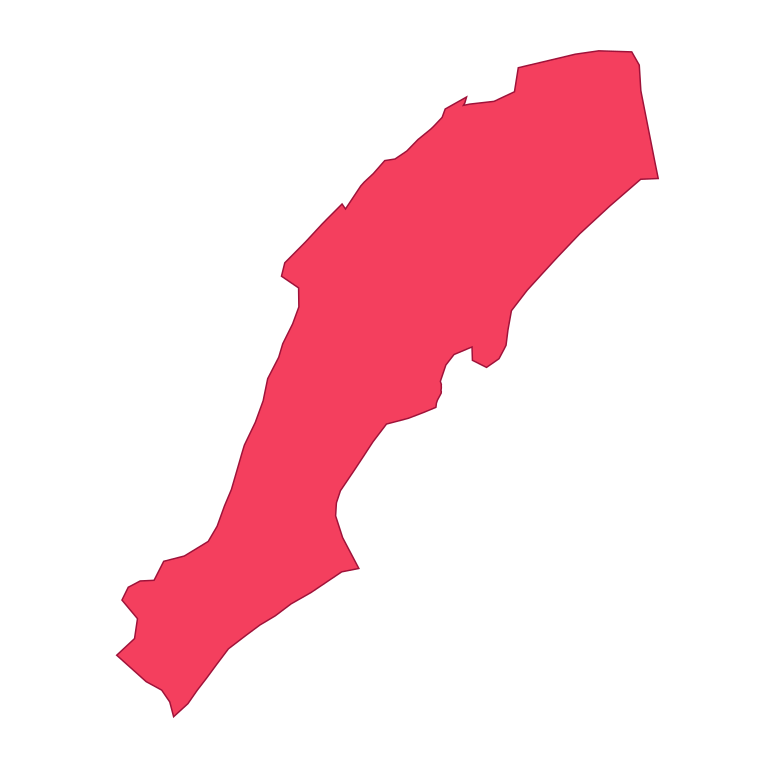 the district of Yenegoa, Bayelsa, Nigeria, rotated 174°
{"feature_id": "59680162B64829234996535", "entity_name": "Yenegoa", "entity_type": "district", "adm_level": 2, "iso_a3": "NGA", "parent_name": "Nigeria", "parent_adm1": "Bayelsa", "projection": "mercator", "projection_center": [6.364, 5.065], "detail": "fine", "context": "isolated", "style": "filled", "palette": "rose", "viewbox_px": 768, "rotation_deg": 174, "n_neighbors": 0, "source": "geoboundaries", "source_scale": "gbopen_adm2", "svg_char_len": 1662}
<svg xmlns="http://www.w3.org/2000/svg" viewBox="0 0 768 768"><g transform="rotate(174 384 384)"><path d="M217.4,684.5L223.7,661.0L245.0,653.6L269.4,653.4L275.9,652.8L274.2,655.1L271.9,660.8L294.4,651.1L298.3,643.1L308.0,634.8L311.0,632.5L324.6,623.6L337.0,613.3L349.6,606.6L359.9,606.1L372.7,594.3L382.4,587.0L386.4,583.4L404.0,562.1L406.9,567.4L423.7,553.8L428.9,549.5L447.2,533.5L470.0,514.9L474.7,501.9L458.9,488.5L460.6,469.6L468.6,453.3L480.5,434.6L485.9,421.6L499.1,401.5L505.1,382.6L505.9,380.0L516.0,359.3L529.2,337.9L529.9,336.3L533.2,328.4L534.6,324.9L546.8,295.0L555.4,279.4L564.8,260.0L575.3,245.8L600.6,233.8L621.6,230.7L633.2,212.8L647.1,213.6L659.6,208.6L667.2,196.5L653.7,176.4L658.7,156.9L678.2,142.2L651.7,112.9L651.3,112.6L637.1,102.8L630.3,90.2L628.0,75.1L612.4,86.6L601.8,98.9L591.4,109.8L580.2,122.1L577.4,125.1L566.4,136.9L547.6,148.4L532.6,157.3L516.4,164.8L499.5,175.0L478.1,184.4L445.7,201.6L428.3,203.2L441.2,235.5L445.9,257.9L444.2,268.2L443.7,270.9L438.4,282.6L437.9,283.1L422.6,301.3L411.4,314.9L407.7,319.5L400.9,327.8L386.1,343.5L385.8,343.9L363.7,347.3L363.2,347.4L351.2,350.6L347.1,351.7L334.8,355.4L334.3,357.5L333.9,359.4L332.5,362.4L328.1,368.9L327.8,370.5L328.0,371.8L327.6,373.1L327.4,374.1L327.3,375.0L327.2,376.7L327.0,377.6L327.7,380.7L320.5,396.4L311.3,406.0L294.8,411.0L292.6,411.6L293.6,398.3L280.3,389.8L267.0,397.1L261.0,406.0L258.6,409.7L255.1,424.7L249.6,443.6L231.9,462.2L213.9,478.2L198.5,491.8L173.7,512.9L141.1,537.2L107.3,560.8L89.8,559.7L91.4,576.6L97.7,646.4L97.9,649.0L96.8,674.5L101.8,685.9L102.9,688.4L135.6,692.9L159.4,692.0L217.4,684.5Z" fill="#f43f5e" stroke="#9f1239" stroke-width="1.5"/></g></svg>